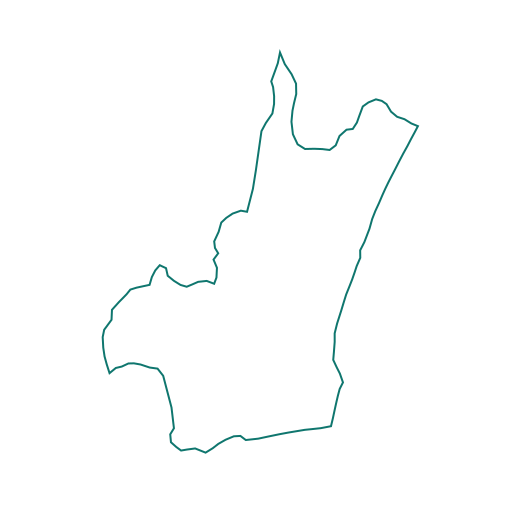 the district of Barra Velha, Santa Catarina, Brazil, rotated 10°
{"feature_id": "56859067B48185053064222", "entity_name": "Barra Velha", "entity_type": "district", "adm_level": 2, "iso_a3": "BRA", "parent_name": "Brazil", "parent_adm1": "Santa Catarina", "projection": "robinson", "projection_center": [-48.728, -26.649], "detail": "fine", "context": "isolated", "style": "outline", "palette": "teal", "viewbox_px": 512, "rotation_deg": 10, "n_neighbors": 0, "source": "geoboundaries", "source_scale": "gbopen_adm2", "svg_char_len": 1908}
<svg xmlns="http://www.w3.org/2000/svg" viewBox="0 0 512 512"><g transform="rotate(10 256 256)"><path d="M244.3,51.4L244.0,62.4L242.8,69.4L240.7,81.4L243.5,86.7L246.1,95.5L247.4,103.2L247.4,112.8L242.6,123.3L239.7,132.1L241.0,171.7L241.3,190.4L239.5,214.0L233.2,214.0L225.6,218.3L220.2,223.5L216.0,229.1L215.0,238.7L212.3,248.9L214.2,255.2L218.3,259.9L214.8,266.9L219.6,274.4L220.8,284.1L219.6,290.6L211.8,289.1L203.5,291.5L198.1,295.1L193.1,298.3L186.7,297.6L179.5,294.7L172.5,290.8L169.5,283.6L162.8,281.8L159.3,287.7L157.1,294.8L156.2,302.9L143.9,307.9L138.1,310.9L135.1,316.3L129.0,325.2L123.5,334.0L124.8,343.9L119.3,355.0L119.1,362.5L121.5,372.8L124.3,381.2L127.8,388.6L132.1,396.8L137.4,390.6L143.0,388.2L149.0,384.0L154.4,382.9L161.1,382.9L170.7,384.3L178.6,384.0L185.4,390.1L199.1,419.9L205.1,439.9L202.5,446.5L204.6,454.2L210.6,457.9L216.0,460.6L221.6,458.6L229.5,456.1L240.5,458.4L246.8,452.8L251.5,447.6L258.0,442.2L265.5,437.4L271.9,435.9L277.9,439.0L289.9,435.5L299.3,431.7L310.4,427.3L318.7,424.2L334.3,418.7L340.7,416.9L349.7,414.3L359.4,410.6L359.9,402.3L360.2,393.9L360.5,386.9L360.9,379.5L361.5,372.4L363.6,365.4L359.0,357.2L354.8,351.6L350.1,344.9L349.4,337.0L348.4,326.9L346.9,318.5L347.6,308.4L349.4,295.1L350.5,285.9L351.5,278.2L353.3,269.7L354.8,262.3L356.0,254.8L356.9,248.5L359.0,239.7L357.6,232.3L360.3,223.5L363.0,209.5L364.0,199.4L365.7,191.0L367.9,182.7L370.0,173.7L371.7,167.1L373.6,160.4L375.6,153.9L377.9,146.6L380.4,138.4L383.2,129.6L386.0,121.5L388.3,114.1L390.8,106.6L392.9,100.0L386.0,98.5L378.5,95.5L370.8,94.4L363.9,90.4L358.2,83.8L353.0,81.4L346.9,80.9L340.1,85.2L335.2,90.2L333.4,100.0L332.2,107.1L329.2,114.1L323.2,115.9L317.4,123.3L315.3,133.2L310.1,138.8L302.7,139.2L294.7,140.3L285.7,142.1L277.6,138.8L271.2,129.7L267.6,117.6L266.7,106.6L266.9,98.9L267.5,89.5L265.5,79.3L259.5,70.8L251.0,62.0L244.3,51.4Z" fill="none" stroke="#0f766e" stroke-width="2"/></g></svg>